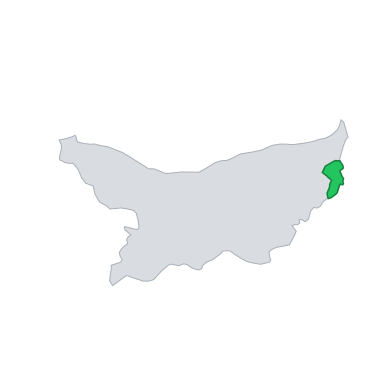 where Ocniţa sits in Moldova, rotated 107°
{"feature_id": "MDA-1616", "entity_name": "Ocniţa", "entity_type": "District", "adm_level": 1, "iso_a3": "MDA", "parent_name": "Moldova", "parent_adm1": "", "projection": "albers", "projection_center": [27.56, 48.362], "detail": "fine", "context": "in_parent", "style": "filled", "palette": "green", "viewbox_px": 384, "rotation_deg": 107, "n_neighbors": 0, "source": "natural_earth", "source_scale": "10m", "svg_char_len": 2354}
<svg xmlns="http://www.w3.org/2000/svg" viewBox="0 0 384 384"><g transform="rotate(107 192 192)"><path d="M79.4,70.6L80.8,67.4L93.8,58.8L97.1,60.3L103.8,60.7L117.6,60.4L124.3,54.7L128.5,56.3L131.9,53.8L137.5,50.5L138.4,51.2L139.1,51.7L147.8,53.2L154.4,56.3L158.8,61.0L163.4,64.0L168.1,65.1L170.7,67.5L171.2,71.1L175.6,72.9L183.9,72.7L187.4,75.1L186.2,80.0L187.1,81.5L190.0,79.8L192.2,81.3L193.5,84.8L194.8,86.5L199.0,80.9L203.4,81.3L214.2,83.5L220.2,95.0L223.9,99.2L227.1,100.8L231.0,98.9L234.5,96.7L236.6,97.7L241.1,105.3L242.3,115.3L242.4,119.4L241.0,126.3L238.9,133.6L237.2,138.4L238.1,142.2L239.7,145.4L242.3,146.3L250.9,152.6L254.2,157.0L258.9,160.2L262.4,160.3L264.2,162.1L264.9,164.4L264.6,170.1L262.8,175.6L263.1,179.0L266.3,183.0L266.8,187.8L267.1,190.8L268.8,193.2L276.7,198.2L287.0,203.0L289.8,207.2L291.5,212.7L291.3,222.0L290.9,230.1L304.6,240.5L303.1,242.5L301.1,244.8L288.4,246.9L285.8,247.9L280.0,239.9L277.1,238.9L274.4,242.0L271.2,243.8L267.3,243.0L263.1,240.6L261.0,238.9L259.3,238.7L256.8,240.6L253.3,239.9L251.0,237.9L247.9,244.9L246.0,246.4L244.7,246.2L244.2,234.5L243.2,232.7L240.7,232.5L234.5,235.4L228.6,239.1L226.7,242.4L227.0,248.2L228.0,255.1L232.2,265.5L230.1,270.1L228.7,277.4L222.4,284.2L215.2,288.2L214.7,296.2L210.7,301.7L203.9,307.3L199.4,313.9L200.6,318.4L200.9,322.6L200.2,325.5L200.0,327.8L198.2,328.8L187.6,329.7L184.6,331.1L181.2,334.3L177.9,328.4L174.5,323.2L172.0,320.4L173.1,319.1L175.7,317.6L177.6,315.9L177.3,309.7L175.9,302.6L174.6,299.2L174.4,293.8L173.4,285.4L174.6,269.8L179.7,250.2L182.5,240.4L181.0,235.1L182.0,222.7L179.7,216.5L176.1,208.5L171.0,191.1L164.7,185.0L157.0,178.4L153.7,173.3L151.5,167.8L146.9,162.3L141.7,157.2L135.4,144.5L132.2,138.8L131.2,137.3L124.1,129.1L120.4,121.8L118.6,115.7L117.5,110.1L112.6,99.1L108.1,90.8L103.9,84.8L102.0,80.7L97.0,75.4L89.9,71.1L85.4,70.3L79.4,70.6Z" fill="#d9dde1" stroke="#a8b0b8" stroke-width="1"/><path d="M139.6,49.7L141.0,49.9L141.1,52.4L142.4,53.0L150.1,52.9L152.2,53.9L156.3,56.9L157.2,57.9L158.5,59.8L157.0,60.8L153.7,62.5L147.1,61.9L144.1,62.6L140.2,61.9L139.2,63.5L138.4,65.9L137.3,67.6L135.9,71.4L135.1,73.1L128.4,72.1L122.7,66.9L120.1,64.2L119.1,60.1L119.0,59.8L122.4,55.6L124.7,54.4L125.9,54.7L127.6,56.4L128.5,56.7L129.5,56.2L133.3,53.0L134.7,51.0L137.3,51.0L138.0,50.8L139.6,49.7Z" fill="#22c55e" stroke="#15803d" stroke-width="1.5"/></g></svg>